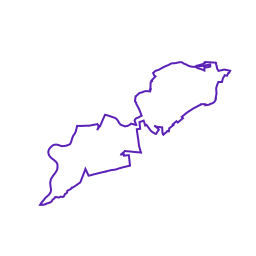 Cristesti, Mures, Romania (Equal Earth projection), rotated 324°
{"feature_id": "2599482B35540168956421", "entity_name": "Cristesti", "entity_type": "district", "adm_level": 2, "iso_a3": "ROU", "parent_name": "Romania", "parent_adm1": "Mures", "projection": "equal_earth", "projection_center": [24.516, 46.501], "detail": "fine", "context": "isolated", "style": "outline", "palette": "violet", "viewbox_px": 256, "rotation_deg": 324, "n_neighbors": 0, "source": "geoboundaries", "source_scale": "gbopen_adm2", "svg_char_len": 5858}
<svg xmlns="http://www.w3.org/2000/svg" viewBox="0 0 256 256"><g transform="rotate(324 128 128)"><path d="M107.5,159.6L111.4,152.8L112.7,150.5L108.5,148.0L109.2,147.0L106.9,145.4L107.2,145.2L107.5,145.1L108.3,145.3L108.6,145.3L109.6,145.0L110.0,145.1L110.5,145.1L111.5,144.9L111.8,144.7L112.8,145.6L116.2,148.5L118.7,150.8L119.5,151.6L120.5,152.3L121.4,153.2L122.3,153.9L123.2,154.6L124.0,155.5L125.0,152.9L126.1,149.7L126.8,148.2L128.4,145.3L129.4,143.6L130.1,142.2L130.8,140.8L131.6,139.3L132.3,138.0L133.2,136.2L134.4,134.2L137.4,135.8L140.7,130.0L145.0,131.2L144.1,134.2L143.4,136.1L144.8,136.4L144.8,143.2L145.0,144.4L145.2,145.3L145.9,146.9L146.5,148.4L147.0,149.1L147.2,149.3L150.1,148.1L151.6,147.7L151.9,147.6L152.0,147.2L151.9,146.4L151.7,145.5L151.6,144.8L150.9,142.4L151.1,142.3L151.4,142.9L151.7,143.5L152.9,144.8L156.0,147.6L153.4,151.6L152.5,153.7L152.7,154.3L154.0,154.0L156.8,153.9L158.1,153.6L159.0,154.7L160.1,153.8L160.5,153.3L161.1,152.5L162.3,152.5L166.6,152.3L166.4,151.4L171.2,151.0L171.5,152.8L178.2,152.4L178.0,150.6L182.9,150.3L185.5,150.2L190.4,150.5L192.1,150.6L193.2,150.7L194.3,150.9L196.6,151.2L198.8,151.5L200.5,151.9L200.8,151.6L202.2,152.4L204.5,154.2L203.9,155.0L206.7,156.5L207.4,156.7L208.0,156.9L208.6,156.9L209.5,157.2L210.6,157.5L211.1,157.6L211.8,157.7L212.7,157.7L213.5,157.5L214.2,157.3L215.3,156.8L216.1,156.2L216.4,155.9L216.2,155.7L217.8,154.1L219.8,152.2L222.5,147.9L222.9,147.5L224.8,146.0L226.7,144.7L228.1,143.9L231.1,146.0L233.6,143.9L234.4,143.4L236.5,142.6L237.2,142.1L238.7,143.9L239.6,143.5L240.4,143.2L240.7,142.8L241.0,142.6L241.5,142.5L241.8,142.6L242.1,142.8L242.6,142.6L243.2,142.4L244.3,141.7L240.4,137.5L240.1,137.2L239.7,137.1L237.8,136.3L234.8,135.0L234.9,134.5L235.0,134.0L234.9,132.9L235.0,132.6L235.1,132.2L235.4,131.6L236.3,129.6L236.6,128.4L236.7,128.1L237.3,127.4L237.5,127.0L237.4,126.7L236.8,126.2L236.0,125.6L235.2,124.9L233.2,123.3L229.4,120.2L228.8,119.8L228.6,119.8L228.1,120.7L227.3,120.4L225.7,120.1L224.8,119.8L224.1,119.6L222.8,119.0L221.4,118.6L221.0,118.4L220.2,118.0L220.0,117.9L219.8,117.9L220.0,118.1L220.2,118.3L220.6,118.5L221.5,119.0L222.0,119.3L222.5,119.6L222.7,119.8L222.2,120.1L223.7,121.0L226.3,122.4L227.6,122.9L230.3,124.2L231.7,125.0L231.3,125.8L230.7,126.6L228.7,125.8L226.3,124.6L225.4,123.8L225.1,124.3L224.4,125.4L224.0,125.9L223.6,126.4L223.4,126.0L222.6,124.6L222.1,123.8L221.1,122.6L220.4,121.6L219.6,120.6L219.2,119.9L218.8,118.6L218.6,118.3L217.7,117.5L217.2,117.1L216.6,116.8L216.3,116.5L215.9,116.1L215.1,115.3L214.4,114.5L213.8,113.6L213.4,113.0L212.9,112.1L212.7,111.4L212.3,110.6L212.0,110.2L211.5,109.6L211.1,108.8L210.9,108.4L210.6,107.3L210.3,106.7L209.8,106.2L209.4,105.8L208.5,105.2L207.5,104.7L206.5,104.2L204.6,103.5L204.0,103.1L203.1,102.5L201.8,101.7L201.2,101.4L200.6,101.2L199.7,101.1L198.5,100.9L196.7,100.6L194.6,100.0L193.4,99.8L192.5,99.7L191.7,99.5L191.2,99.5L187.2,99.0L184.3,98.1L183.7,97.9L183.4,97.9L182.1,98.1L180.8,98.2L180.7,98.2L180.6,98.5L180.3,100.0L180.1,100.6L180.1,101.0L180.3,102.0L180.5,102.4L175.0,103.4L175.2,103.9L175.1,104.2L174.9,104.3L173.1,104.4L169.8,108.7L169.3,109.2L168.7,109.6L169.2,110.0L167.4,111.4L166.5,110.6L166.3,110.4L164.7,109.1L163.7,108.4L162.7,108.0L161.3,107.6L161.1,107.6L159.4,107.1L159.2,107.0L158.8,106.8L158.0,106.4L157.9,106.4L157.5,106.4L157.2,106.5L156.5,106.6L155.9,106.6L155.0,106.7L153.6,107.0L153.4,107.0L152.8,106.8L151.5,108.2L149.3,110.5L149.3,110.8L149.5,111.5L149.5,111.8L148.9,113.6L148.7,114.2L148.7,114.7L148.5,116.2L148.2,118.4L147.7,120.9L147.2,122.7L146.7,124.3L146.3,126.1L144.0,125.7L142.3,125.6L141.4,125.2L140.4,125.0L139.8,125.0L138.5,125.4L137.6,126.0L136.7,129.5L136.4,130.3L135.9,129.9L134.8,128.5L134.0,127.4L133.1,126.3L131.6,126.4L130.6,126.3L129.1,126.1L128.4,125.9L127.9,125.6L127.4,125.3L126.9,125.1L126.6,124.9L126.3,124.6L125.7,123.6L125.5,123.3L124.8,122.3L124.4,121.8L124.2,121.4L124.0,120.8L123.9,120.3L123.8,118.9L124.1,116.3L124.1,114.9L123.8,112.9L123.6,112.6L123.0,111.6L118.6,105.4L117.2,103.8L113.5,105.9L110.0,108.0L106.5,110.1L106.2,109.7L104.4,110.5L101.8,111.6L102.3,111.3L103.6,110.6L104.1,110.2L104.5,109.9L104.8,109.5L105.2,108.9L105.5,108.2L105.6,107.6L105.5,107.1L105.5,106.8L105.0,106.7L104.1,106.2L100.1,104.3L97.9,103.3L96.3,102.1L91.0,98.6L88.1,96.4L86.6,97.7L84.0,99.9L81.4,101.4L79.3,102.0L77.7,102.9L73.7,105.9L71.9,106.9L70.9,106.9L69.5,106.5L67.6,106.0L65.8,105.1L64.3,104.1L63.4,103.4L62.4,101.8L60.9,99.8L58.7,98.3L57.1,97.9L55.6,97.9L53.6,98.2L51.5,98.9L50.0,99.9L48.8,101.5L48.1,103.8L48.1,105.6L48.4,107.5L49.1,109.7L49.8,112.5L49.9,113.7L49.8,115.1L49.2,116.5L47.9,118.3L46.5,119.8L44.5,120.9L42.2,121.8L39.4,122.5L37.1,123.4L35.6,124.1L32.8,126.6L31.6,128.7L30.5,130.7L29.6,132.5L27.9,134.3L26.1,135.1L24.4,135.6L20.3,135.9L17.6,136.7L13.9,137.6L11.7,138.5L12.2,138.9L12.9,138.3L13.2,138.6L13.5,138.7L13.4,139.6L13.9,140.1L14.4,140.4L14.9,140.6L15.6,140.7L15.9,140.8L16.6,141.3L16.8,141.2L17.0,141.2L17.3,141.2L18.1,141.4L18.3,141.5L18.8,141.6L19.1,141.7L19.5,141.9L19.8,142.2L20.2,142.2L20.3,142.1L20.5,142.1L21.0,142.4L23.0,142.5L24.6,141.8L25.0,141.7L26.3,141.7L27.1,141.6L27.4,141.5L27.9,141.2L28.2,141.1L28.5,141.1L28.8,141.5L29.0,141.5L29.5,141.8L29.7,142.0L30.4,142.8L31.0,143.4L31.3,143.6L32.0,143.8L32.7,143.9L33.2,144.0L33.4,144.2L33.9,144.7L34.4,145.2L34.8,145.5L35.2,145.7L35.7,145.7L36.7,145.2L37.1,145.1L37.6,144.8L38.0,144.4L38.6,144.4L39.7,144.6L40.3,144.6L40.8,144.3L41.3,143.9L41.7,143.3L42.0,143.2L42.7,143.2L44.7,143.6L46.3,143.7L47.3,143.2L47.6,143.6L48.0,143.6L50.4,143.8L57.3,144.0L58.0,143.6L62.2,140.9L68.1,137.1L69.5,136.1L68.1,143.4L70.6,144.5L73.6,145.6L80.9,148.6L81.9,149.0L82.7,149.4L83.5,149.7L84.0,149.9L84.3,150.1L84.5,150.3L84.7,150.1L86.4,150.9L89.9,152.3L92.7,153.9L93.5,154.3L97.9,155.7L98.2,155.9L100.0,156.5L107.5,159.6Z" fill="none" stroke="#5b21b6" stroke-width="2"/></g></svg>